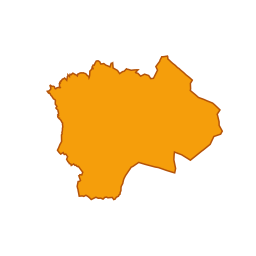 Agios Nikolaos Pafou, Paphos, Cyprus, rotated 112°
{"feature_id": "46923920B40662832692624", "entity_name": "Agios Nikolaos Pafou", "entity_type": "district", "adm_level": 2, "iso_a3": "CYP", "parent_name": "Cyprus", "parent_adm1": "Paphos", "projection": "mercator", "projection_center": [32.759, 34.885], "detail": "fine", "context": "isolated", "style": "filled", "palette": "amber", "viewbox_px": 256, "rotation_deg": 112, "n_neighbors": 0, "source": "geoboundaries", "source_scale": "gbopen_adm2", "svg_char_len": 4046}
<svg xmlns="http://www.w3.org/2000/svg" viewBox="0 0 256 256"><g transform="rotate(112 128 128)"><path d="M46.7,118.1L46.5,118.4L46.9,119.0L48.6,121.8L49.3,123.4L49.7,123.4L52.8,123.7L54.4,123.6L60.6,125.2L63.3,122.3L72.4,123.0L73.7,125.4L71.6,128.5L71.9,132.8L75.2,135.7L73.6,139.4L73.9,141.3L73.6,141.8L70.3,140.5L71.4,143.1L72.3,144.9L73.3,146.7L73.5,149.3L73.8,150.6L73.7,151.6L76.8,152.8L77.8,154.2L80.7,156.1L78.6,159.3L77.9,164.3L73.4,166.6L73.6,166.7L74.3,167.8L78.1,167.6L78.0,169.8L78.0,172.2L77.3,174.6L78.2,175.9L78.8,177.3L77.2,179.0L76.9,180.9L77.8,182.5L79.9,182.8L81.8,182.9L82.4,182.9L82.7,183.9L83.2,183.9L84.4,184.1L85.2,184.1L85.5,183.0L86.1,182.6L86.7,183.8L88.3,184.1L89.6,184.7L90.3,184.4L93.2,183.4L95.1,183.0L96.0,183.0L94.9,183.8L94.6,185.5L93.7,186.9L93.5,188.3L93.6,189.0L93.6,190.3L94.1,191.0L94.4,192.2L95.4,193.5L96.2,194.0L96.7,194.7L98.7,194.5L98.2,195.8L98.1,196.7L98.3,197.1L98.2,197.4L98.0,198.2L97.8,199.6L98.2,199.6L98.8,200.3L99.9,200.6L100.1,201.2L99.9,201.8L100.6,201.8L101.3,201.9L102.1,201.6L101.2,203.6L102.1,203.2L103.1,203.5L103.3,203.4L103.5,203.4L104.3,203.1L104.8,203.1L105.8,202.9L106.7,202.7L105.4,205.5L106.8,206.3L107.2,207.1L109.5,207.6L109.9,207.6L109.9,208.1L111.3,208.3L111.8,207.7L112.2,208.2L112.6,208.3L113.5,207.7L115.1,207.1L115.9,205.9L116.1,206.1L116.5,207.8L117.4,209.0L118.5,209.5L118.9,210.1L118.6,210.7L117.8,211.2L117.3,211.9L117.2,212.7L117.9,214.3L117.4,215.9L117.9,216.2L119.6,214.8L120.6,214.2L121.7,214.5L123.1,215.0L124.2,216.6L125.3,214.9L125.4,214.3L125.0,214.1L125.3,213.1L125.9,212.6L126.7,211.5L127.1,210.4L127.9,209.5L128.4,208.7L128.9,208.0L129.1,206.3L129.8,205.5L131.1,205.2L133.2,204.3L133.8,203.2L134.4,202.2L134.7,201.9L136.0,202.3L136.5,202.3L137.1,201.1L137.3,200.4L137.5,199.9L138.6,199.0L138.9,198.8L139.0,198.9L139.8,198.3L140.3,197.9L140.8,197.7L141.1,197.8L141.4,197.8L141.8,198.0L142.0,197.4L142.4,197.1L142.5,197.3L143.1,197.7L143.3,197.5L143.8,197.4L144.2,197.0L144.5,196.6L144.6,195.9L144.6,195.6L144.9,195.7L145.0,195.6L145.2,195.1L145.3,194.5L145.5,194.1L145.8,193.6L146.0,193.0L146.2,192.8L146.3,192.6L146.8,192.3L147.2,191.7L147.6,191.2L147.8,190.9L147.9,190.5L148.6,190.3L149.1,190.2L149.7,189.7L150.5,189.4L151.0,189.1L151.5,188.8L152.3,188.8L152.9,188.6L153.5,188.5L153.9,188.2L154.6,188.0L155.3,187.8L156.9,187.6L158.0,186.9L159.3,187.1L165.4,184.5L168.9,184.9L172.3,184.9L175.0,185.1L175.3,184.7L176.6,182.5L177.4,180.6L175.1,178.9L175.8,178.1L176.4,177.2L175.5,175.9L177.2,173.2L180.0,173.2L181.7,171.1L182.3,169.6L183.0,169.1L182.8,167.6L184.0,166.6L181.7,164.9L182.5,163.2L181.9,162.3L182.5,161.4L182.7,160.4L182.2,159.7L183.1,158.0L184.4,156.0L185.9,153.4L188.8,153.3L189.3,155.1L190.7,155.3L190.8,155.6L192.0,154.6L194.4,152.4L195.6,153.0L196.3,154.2L197.9,153.9L201.1,153.3L202.6,152.3L203.9,151.2L204.9,150.7L205.6,150.2L209.5,147.7L208.1,144.9L208.0,143.4L206.1,141.8L206.5,139.4L207.1,137.5L208.1,135.3L206.1,133.5L204.2,131.8L204.3,129.3L203.2,127.0L203.3,124.5L201.0,123.5L200.1,122.0L200.3,120.5L199.3,118.7L198.3,116.6L199.4,114.8L199.7,114.5L198.9,113.4L196.6,112.9L194.8,111.3L193.1,111.2L192.3,110.6L190.8,111.1L188.7,111.1L186.6,111.9L185.0,112.4L183.2,112.3L181.5,112.1L178.6,112.6L176.6,112.8L173.1,112.5L170.3,111.9L167.4,111.3L165.3,110.8L163.2,110.4L161.8,109.1L155.9,105.2L155.4,99.8L155.2,97.8L154.0,88.2L153.3,85.0L152.9,76.4L152.3,69.4L152.1,67.9L149.8,68.3L147.7,68.7L140.9,73.2L140.3,73.6L138.2,74.3L135.6,75.2L135.0,75.4L133.2,75.8L132.9,75.9L132.8,71.6L132.7,68.3L133.9,61.3L134.5,58.1L128.8,54.9L121.4,50.8L120.7,50.3L115.1,47.2L113.8,46.5L112.7,45.9L112.3,45.7L108.1,45.5L103.7,45.2L99.0,39.8L95.6,39.4L91.6,44.3L91.4,44.5L88.1,45.9L82.5,49.9L81.9,50.5L77.4,49.6L76.8,49.5L75.7,52.1L74.0,56.5L73.2,58.9L73.2,65.1L73.1,67.8L73.1,69.0L73.3,74.1L71.9,78.0L69.9,84.3L68.3,84.6L63.2,86.9L59.9,86.3L59.5,86.3L58.2,89.9L57.0,94.1L55.8,97.1L54.5,101.2L54.2,101.9L53.7,103.2L53.5,104.6L52.2,107.7L51.3,110.9L50.3,113.6L49.9,114.5L49.0,116.9L46.7,118.1Z" fill="#f59e0b" stroke="#b45309" stroke-width="1.5"/></g></svg>